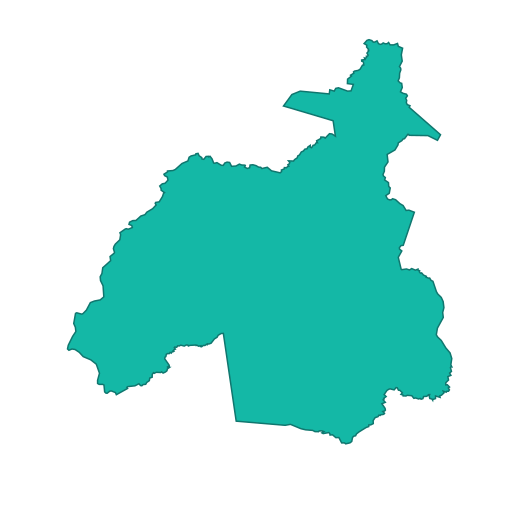 outline of Zimba, Southern, Zambia, rotated 82°
{"feature_id": "96606910B98197380388075", "entity_name": "Zimba", "entity_type": "district", "adm_level": 2, "iso_a3": "ZMB", "parent_name": "Zambia", "parent_adm1": "Southern", "projection": "equal_earth", "projection_center": [26.486, -17.666], "detail": "fine", "context": "isolated", "style": "filled", "palette": "teal", "viewbox_px": 512, "rotation_deg": 82, "n_neighbors": 0, "source": "geoboundaries", "source_scale": "gbopen_adm2", "svg_char_len": 6018}
<svg xmlns="http://www.w3.org/2000/svg" viewBox="0 0 512 512"><g transform="rotate(82 256 256)"><path d="M421.6,93.4L420.1,93.6L419.6,91.6L417.7,88.9L415.9,89.4L417.3,86.6L416.6,86.1L416.7,84.2L415.5,83.1L413.4,84.0L412.7,82.6L410.1,84.5L410.0,86.0L407.9,85.7L405.6,82.6L402.1,82.8L401.3,79.6L398.9,80.6L397.5,78.5L393.6,79.0L392.9,78.5L393.1,77.5L390.8,78.2L384.8,76.4L379.0,77.3L373.5,80.8L365.4,84.3L361.5,87.4L359.1,88.4L352.7,86.4L342.9,79.1L337.9,79.0L333.3,77.1L327.2,77.0L322.8,78.3L318.9,81.3L316.4,82.3L305.7,84.3L304.4,86.1L302.0,87.1L302.1,87.9L300.6,90.6L299.8,90.2L298.2,92.8L295.8,94.3L296.1,95.1L295.5,95.8L294.3,96.5L293.4,96.0L292.5,97.5L291.5,97.4L292.2,100.1L290.1,103.6L291.2,105.9L289.8,108.8L289.8,113.6L289.3,114.1L277.1,115.3L271.3,110.9L269.2,112.9L267.8,112.9L265.9,111.0L265.9,108.7L234.7,93.1L231.9,98.2L231.8,101.0L226.5,103.3L224.2,106.2L219.7,109.9L218.3,112.8L219.1,114.1L219.1,115.7L217.9,117.8L214.3,119.1L212.4,115.3L207.3,113.6L205.6,114.9L201.8,114.6L198.6,118.0L196.3,117.0L194.6,118.6L192.9,118.9L190.0,117.1L185.9,116.4L181.2,112.2L173.7,112.0L170.3,103.6L165.7,99.9L163.8,99.4L162.1,95.6L160.6,94.0L160.5,92.6L156.6,88.7L156.9,87.8L157.8,87.6L160.7,69.0L166.7,60.2L161.6,56.4L130.1,83.6L128.6,82.6L127.1,85.2L125.0,85.8L122.9,85.1L120.6,85.8L118.5,83.8L116.7,84.5L115.4,87.7L113.5,90.1L109.5,87.7L105.3,87.7L104.7,89.1L102.4,90.9L99.5,89.2L94.9,88.3L91.9,86.7L90.2,86.6L88.4,87.6L83.4,84.1L77.0,84.1L70.6,81.9L68.2,85.9L65.2,86.3L66.1,90.3L65.6,93.8L63.0,95.0L64.0,96.5L63.9,98.5L62.7,100.4L63.7,102.2L63.7,103.7L62.7,105.2L59.8,106.2L60.7,108.7L60.5,110.1L58.8,111.3L57.5,114.0L57.9,116.1L60.7,119.4L62.7,116.9L64.5,117.4L66.9,115.8L67.7,116.3L68.5,115.8L70.5,117.9L72.7,117.0L73.5,117.6L73.6,118.9L74.3,118.7L75.5,120.0L75.0,121.0L76.6,120.7L76.6,124.1L77.8,124.2L78.3,123.0L79.5,122.6L81.9,122.7L81.8,124.0L85.5,126.9L86.4,129.0L86.6,132.7L87.2,133.8L88.6,133.7L90.1,137.2L91.1,136.4L93.6,140.7L98.0,141.5L99.6,135.7L105.7,138.9L105.5,142.3L100.9,150.9L101.1,153.7L103.6,155.6L101.7,159.8L105.7,160.9L98.9,189.3L101.1,198.0L111.3,207.9L132.8,160.8L148.4,160.7L145.7,163.8L145.1,166.2L148.9,171.1L147.8,172.1L147.2,175.2L148.7,175.6L150.3,179.9L152.3,179.4L152.0,180.3L154.3,182.5L154.3,184.0L156.5,185.9L155.8,187.2L154.0,186.9L155.3,189.5L156.9,190.5L157.0,192.8L158.6,194.4L159.3,196.7L162.0,198.9L162.7,200.7L164.5,201.5L165.9,204.4L167.2,205.6L166.3,210.6L168.1,209.5L169.6,210.5L170.0,211.7L171.7,211.1L171.7,212.1L172.8,213.5L172.4,215.6L173.7,216.0L174.4,218.9L175.9,218.9L177.0,220.5L173.8,228.8L169.7,232.5L170.2,238.0L168.8,239.0L168.4,241.0L166.5,243.4L165.2,246.4L165.1,249.2L167.7,250.0L168.1,252.5L166.3,255.0L165.0,254.0L164.5,254.3L163.9,257.5L162.7,259.7L164.1,263.3L163.8,267.7L159.7,269.1L159.0,271.6L159.6,274.0L161.7,275.8L161.3,277.8L158.1,281.7L158.4,283.9L158.0,285.0L153.7,286.0L150.9,287.6L151.3,288.9L150.7,289.0L150.5,291.6L153.0,294.3L152.4,296.0L151.0,296.0L148.8,298.4L146.3,299.1L146.4,301.3L147.4,301.7L147.9,306.4L148.9,308.5L152.4,310.2L154.1,316.4L159.1,323.9L159.8,326.3L159.5,331.8L160.4,331.9L162.2,335.8L163.7,335.3L165.5,332.8L168.6,332.6L171.3,335.9L171.5,338.8L173.3,341.6L176.0,340.6L177.7,340.8L180.5,337.8L181.0,338.8L184.2,340.4L188.9,344.3L189.0,348.0L190.0,348.5L191.6,347.8L194.8,351.8L197.4,358.0L199.6,360.2L200.4,364.5L204.1,369.9L203.8,373.1L204.9,376.5L207.0,377.4L208.5,374.8L210.6,374.5L211.7,378.8L210.9,380.6L211.1,381.8L214.0,387.5L216.1,387.1L221.0,388.6L224.6,393.6L226.7,395.3L228.9,396.2L232.6,395.6L233.5,396.1L236.2,400.6L240.4,400.6L246.3,409.4L251.9,411.0L254.9,413.2L258.7,413.4L264.2,411.6L275.3,412.4L277.8,416.4L278.1,422.3L279.1,426.5L286.0,431.5L289.0,435.4L289.3,436.7L287.3,441.4L287.7,442.7L297.5,445.9L301.4,444.8L305.7,444.9L310.1,448.8L318.2,454.3L321.8,455.6L323.3,454.4L322.5,451.2L323.4,448.2L326.8,444.4L331.6,441.1L335.8,434.1L340.9,429.2L350.3,427.3L357.1,430.2L360.2,430.6L361.3,429.2L361.8,425.6L362.6,424.5L369.5,424.8L370.9,423.7L371.2,422.5L369.5,419.6L369.5,418.0L371.7,414.2L373.9,413.6L369.3,401.6L368.1,402.2L367.5,401.3L367.7,393.9L366.2,389.7L368.2,388.4L368.6,387.1L367.6,385.7L367.7,383.1L366.0,381.8L364.6,379.0L362.1,378.2L361.6,375.7L358.7,375.2L357.3,373.7L358.0,373.1L357.3,370.9L358.1,366.6L357.6,365.6L359.0,364.3L358.3,361.9L357.3,360.2L355.4,359.4L354.5,357.6L354.4,358.7L353.6,359.1L353.1,358.2L353.4,357.1L351.8,357.3L345.1,360.7L343.5,360.2L343.1,359.3L340.9,358.5L340.3,357.1L340.6,355.6L339.5,354.5L340.4,353.5L338.7,351.7L339.2,351.3L338.9,350.6L338.1,351.5L338.3,350.7L337.5,350.4L337.0,348.8L335.5,349.7L334.9,349.2L335.3,347.2L334.0,346.0L334.4,344.5L333.8,342.9L335.2,339.6L334.4,337.3L334.8,335.8L335.7,335.5L335.3,333.8L335.8,327.9L336.3,327.8L336.2,326.8L337.3,325.5L337.2,323.1L338.0,323.4L338.3,322.5L337.2,320.6L337.5,319.1L336.5,317.1L337.0,316.7L336.2,316.1L336.6,315.0L336.1,312.6L332.3,308.7L331.1,305.9L329.2,304.5L327.9,301.3L328.1,299.1L416.8,298.6L427.7,250.7L427.5,245.3L433.3,235.5L435.0,231.1L436.6,224.1L438.1,222.1L438.7,218.5L438.0,217.7L438.4,215.0L439.3,213.2L440.3,215.4L441.2,214.2L441.0,208.5L442.1,207.6L443.6,207.6L443.7,205.1L447.0,202.2L447.3,199.2L453.0,197.2L453.4,194.4L454.5,193.3L454.1,188.9L453.0,187.0L449.0,185.6L448.0,184.1L447.9,182.4L446.1,181.2L444.4,178.2L441.1,170.7L440.6,168.1L439.0,167.8L439.2,165.9L438.3,163.2L435.3,162.9L432.6,160.5L432.1,157.6L430.7,156.4L431.2,155.3L430.6,154.6L430.6,152.1L430.1,150.9L429.7,150.6L427.6,152.1L427.4,150.2L426.6,149.3L424.8,149.4L419.8,151.9L418.9,148.3L416.1,150.1L415.4,149.0L414.7,149.3L413.3,146.7L411.1,148.4L407.4,145.1L406.5,143.2L406.2,141.8L407.8,137.8L405.8,135.6L406.1,134.5L408.7,133.6L409.0,132.3L411.8,130.1L413.2,131.7L414.1,129.8L415.0,129.8L415.5,126.9L415.0,125.7L416.0,121.2L418.9,119.5L418.8,117.7L420.2,114.9L419.9,113.2L420.8,112.5L420.5,110.6L418.5,109.6L418.7,106.4L417.3,104.4L417.4,103.3L418.6,104.0L421.3,103.7L422.1,101.7L423.4,101.1L422.7,100.9L422.2,98.1L419.6,97.7L421.6,93.4Z" fill="#14b8a6" stroke="#0f766e" stroke-width="1.5"/></g></svg>